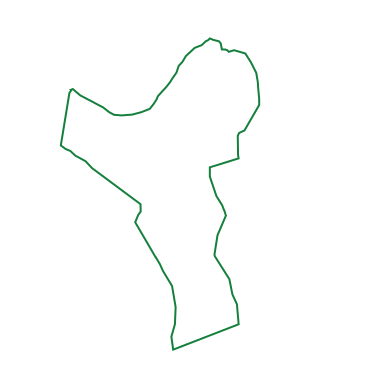 Obudu, Cross River, Nigeria, rotated 338°
{"feature_id": "59680162B9948575660850", "entity_name": "Obudu", "entity_type": "district", "adm_level": 2, "iso_a3": "NGA", "parent_name": "Nigeria", "parent_adm1": "Cross River", "projection": "natural_earth1", "projection_center": [9.084, 6.544], "detail": "fine", "context": "isolated", "style": "outline", "palette": "green", "viewbox_px": 384, "rotation_deg": 338, "n_neighbors": 0, "source": "geoboundaries", "source_scale": "gbopen_adm2", "svg_char_len": 1263}
<svg xmlns="http://www.w3.org/2000/svg" viewBox="0 0 384 384"><g transform="rotate(338 192 192)"><path d="M128.0,198.8L134.0,240.1L133.9,238.4L135.2,246.9L135.5,254.2L138.3,271.7L133.7,292.6L126.7,308.1L118.7,318.4L115.5,331.1L185.7,332.1L191.6,312.9L191.1,302.1L194.0,286.8L189.1,260.1L189.4,258.4L199.3,241.9L199.4,241.7L214.6,226.6L215.0,221.9L214.9,219.9L215.0,215.5L213.1,205.0L214.3,184.4L217.8,175.8L247.8,178.3L248.5,175.1L255.5,157.0L257.8,154.9L263.7,154.6L286.9,136.5L289.3,130.5L292.2,120.7L294.2,114.7L296.2,105.6L295.2,93.6L293.3,83.5L284.1,76.3L278.6,75.8L277.9,73.9L276.3,72.4L273.1,71.0L274.3,65.1L273.5,62.4L268.7,58.9L266.1,56.3L264.4,57.0L263.3,57.4L261.5,57.3L255.9,59.5L252.1,59.4L248.4,59.4L245.6,60.5L240.0,62.6L237.2,63.7L234.2,66.0L231.8,67.8L226.9,70.1L222.3,75.5L215.7,79.8L212.9,81.9L207.3,85.1L202.6,87.3L196.1,90.5L194.2,92.6L189.6,95.9L184.0,99.1L175.5,99.0L174.7,99.0L165.4,97.8L155.1,94.5L154.2,94.0L148.6,91.2L145.0,86.8L141.3,80.3L135.7,73.7L134.9,72.8L134.6,72.3L130.2,67.2L124.6,60.6L120.4,52.6L120.1,51.9L118.5,51.9L118.7,52.1L115.4,54.3L87.8,99.7L90.9,104.7L94.6,108.4L97.4,114.5L104.8,123.5L108.3,132.5L139.7,184.0L137.1,190.9L133.7,193.0L132.8,193.9L128.0,198.8Z" fill="none" stroke="#15803d" stroke-width="2"/></g></svg>